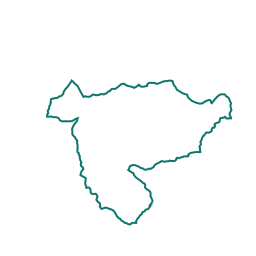 the district of Goenkhatoe, Gasa, Bhutan, rotated 214°
{"feature_id": "84629894B85362517757759", "entity_name": "Goenkhatoe", "entity_type": "district", "adm_level": 2, "iso_a3": "BTN", "parent_name": "Bhutan", "parent_adm1": "Gasa", "projection": "mercator", "projection_center": [89.606, 27.867], "detail": "fine", "context": "isolated", "style": "outline", "palette": "teal", "viewbox_px": 256, "rotation_deg": 214, "n_neighbors": 0, "source": "geoboundaries", "source_scale": "gbopen_adm2", "svg_char_len": 5674}
<svg xmlns="http://www.w3.org/2000/svg" viewBox="0 0 256 256"><g transform="rotate(214 128 128)"><path d="M201.2,135.8L201.1,135.2L201.1,131.4L201.1,129.6L201.2,127.9L201.6,125.5L201.7,123.7L201.5,122.1L201.4,121.4L200.8,120.3L200.7,119.8L201.1,118.5L201.1,117.9L201.5,117.0L201.6,116.7L202.8,115.6L203.0,114.9L203.2,114.1L203.6,113.3L204.6,112.4L205.3,112.0L206.2,110.6L207.1,110.1L208.0,108.7L206.8,106.6L206.2,106.1L206.1,105.0L205.5,103.8L205.4,102.0L205.0,101.3L204.7,100.9L204.3,100.2L204.2,99.7L204.2,97.9L204.0,97.2L202.3,95.6L202.3,95.3L202.6,94.7L202.5,94.0L202.4,93.7L201.3,92.1L198.5,94.3L197.4,94.8L195.5,95.4L195.1,95.7L194.2,96.5L192.6,97.1L191.4,97.3L190.4,97.1L189.2,96.4L188.3,96.4L186.5,96.6L185.8,97.0L185.2,97.5L183.7,98.4L183.2,99.0L181.1,100.2L178.5,102.2L177.4,103.9L176.9,105.5L175.2,107.9L175.1,107.4L174.3,105.8L174.3,105.3L174.2,104.5L174.4,103.5L174.3,103.0L174.5,100.9L174.5,100.0L174.3,99.3L174.4,98.9L174.1,96.9L173.9,96.1L173.7,95.7L173.1,95.2L172.8,94.6L172.0,93.8L170.9,91.9L170.2,91.5L168.1,90.8L166.6,90.7L165.3,89.8L164.7,89.5L163.5,89.4L163.2,89.2L162.7,88.7L162.1,87.4L161.2,86.5L160.5,86.0L159.8,84.8L159.4,84.5L159.0,83.8L158.6,83.4L158.3,83.0L157.9,81.7L156.6,79.9L154.9,79.7L154.6,79.4L154.2,78.7L153.4,78.2L152.6,77.9L152.0,77.5L151.7,76.6L150.0,75.0L149.0,74.3L148.5,74.1L148.2,73.8L147.8,73.3L147.3,73.2L147.4,72.7L147.1,72.0L146.5,71.0L145.5,70.3L143.7,70.1L143.3,70.0L142.0,68.9L142.3,66.0L141.8,64.2L141.0,62.3L137.8,62.7L135.0,62.8L132.8,58.7L132.1,57.7L131.1,56.8L130.4,56.5L129.7,56.0L129.2,55.1L127.2,56.8L125.5,56.5L124.4,55.8L123.5,54.4L122.5,53.4L120.5,53.3L118.2,55.3L117.1,55.3L116.5,54.9L114.9,54.1L114.3,51.3L114.0,50.8L113.5,50.5L112.9,50.5L111.7,49.8L110.9,50.1L109.4,49.6L108.9,49.6L108.3,48.8L107.8,48.4L107.4,47.0L106.1,46.6L105.5,46.2L104.8,46.1L104.3,46.5L103.8,47.3L103.2,48.0L102.4,49.2L101.3,49.9L99.2,50.3L96.8,51.1L96.5,51.0L94.4,51.5L93.9,51.2L92.4,51.0L91.6,50.6L90.7,50.1L90.3,50.0L88.1,48.7L86.7,48.5L86.3,48.3L85.6,48.2L84.7,48.1L83.9,48.4L83.4,48.2L83.0,47.9L81.0,47.6L79.6,47.8L77.3,47.6L77.0,47.7L76.3,48.2L76.0,48.3L73.9,48.4L72.2,49.4L71.9,50.1L71.9,50.9L71.3,51.8L70.9,52.2L69.9,52.8L68.8,53.4L68.1,53.9L68.3,54.3L68.8,54.7L69.3,55.6L69.2,56.7L69.5,58.4L69.0,59.9L69.2,62.3L68.9,63.2L68.5,63.8L68.4,64.2L68.5,65.1L68.9,65.9L68.9,66.4L67.8,67.9L67.7,68.3L67.8,69.4L67.5,70.1L66.9,71.2L66.1,72.0L65.9,72.4L66.0,74.5L65.8,75.3L65.7,75.6L66.0,75.8L66.3,75.8L66.8,76.1L66.7,76.9L66.0,77.8L66.6,78.9L66.6,80.4L66.6,80.6L66.9,81.0L67.1,81.5L67.5,81.9L68.6,82.5L70.1,83.5L70.9,83.8L71.6,84.5L72.1,85.7L73.5,87.3L74.2,87.4L75.0,87.8L76.7,87.8L78.4,87.7L80.5,88.2L81.2,89.0L81.8,90.4L83.4,91.2L84.0,90.9L85.0,90.8L86.4,91.2L87.8,91.3L93.5,91.4L96.5,92.2L96.9,92.7L97.3,92.9L97.9,93.4L98.2,93.5L99.8,93.3L100.7,93.4L103.3,93.2L104.3,93.3L104.3,94.2L104.6,95.1L104.6,96.0L104.9,96.7L104.9,97.7L104.3,98.7L103.7,99.3L103.6,99.7L103.4,100.0L101.3,101.1L100.4,101.4L96.9,102.0L94.7,102.0L94.4,102.1L93.6,102.6L92.8,102.8L91.7,102.7L90.6,102.9L89.8,103.5L88.9,104.3L88.1,105.8L87.6,106.2L86.7,106.4L86.3,106.8L85.9,108.0L85.4,108.7L84.9,110.2L85.2,111.7L84.8,113.3L84.1,114.5L83.5,115.9L83.1,116.2L82.9,116.5L82.6,117.4L82.1,117.9L81.9,118.9L81.4,119.6L80.7,119.8L79.0,120.3L78.5,120.7L77.8,121.6L77.0,122.3L76.1,122.8L75.4,123.7L75.3,124.2L74.9,124.5L74.0,124.6L72.7,125.6L71.9,126.0L71.2,126.3L70.9,126.6L70.8,127.2L70.3,128.7L70.3,128.9L70.9,129.8L70.9,130.4L70.3,131.0L69.0,131.4L68.5,131.7L67.7,133.5L66.6,134.2L66.3,134.6L65.9,135.6L65.1,136.3L62.8,137.7L62.4,138.1L62.3,138.6L62.4,139.0L63.1,139.5L62.9,140.8L62.3,141.9L60.9,143.7L60.4,143.9L59.7,144.7L57.5,146.7L56.1,147.3L55.0,148.2L54.6,148.7L55.7,149.6L56.2,150.4L57.3,151.8L57.7,151.9L58.3,152.3L58.4,152.7L58.4,153.9L58.3,154.7L58.3,155.0L59.0,155.9L59.8,156.5L60.2,157.1L60.2,158.5L60.5,159.1L61.0,161.2L61.2,163.2L61.2,163.7L60.7,164.3L60.7,167.0L60.6,167.6L60.3,168.2L60.0,168.5L58.6,169.1L58.1,169.8L57.0,171.9L57.1,172.8L57.8,173.6L58.0,174.1L58.0,175.6L56.7,176.5L56.7,177.0L57.0,178.4L57.7,178.8L58.3,179.4L58.3,180.1L57.9,180.9L57.3,181.8L56.4,183.0L55.7,183.7L55.7,184.5L56.4,186.1L57.0,187.6L56.7,188.1L55.0,189.6L54.6,189.9L53.8,191.5L52.0,191.0L51.1,191.3L50.4,191.7L49.8,192.6L48.9,192.9L48.0,193.6L48.2,193.9L48.9,194.5L50.5,195.3L51.4,195.9L51.7,196.7L52.2,198.2L52.1,200.5L55.1,203.2L55.9,204.4L56.3,206.0L57.9,206.9L58.4,207.4L59.5,207.9L60.0,208.4L60.8,208.9L61.8,209.3L62.9,209.3L63.4,209.2L65.1,209.4L65.9,209.9L66.7,209.9L67.6,209.4L69.3,208.2L70.6,206.9L71.5,203.9L71.9,201.3L72.2,200.1L72.2,199.3L72.0,197.8L72.5,196.6L72.3,195.5L73.2,195.5L73.6,195.9L74.7,196.8L75.6,197.0L76.5,196.5L78.1,194.6L78.6,193.3L79.3,192.6L79.9,190.2L82.3,188.2L86.2,186.9L90.4,186.2L95.4,186.9L97.5,188.7L100.9,187.6L103.3,187.3L104.8,187.3L106.8,187.1L107.9,187.2L108.7,187.0L111.9,188.7L114.3,189.3L117.4,191.8L119.6,190.9L122.2,188.6L124.6,186.5L126.0,184.5L127.6,182.0L129.3,180.4L130.2,180.4L131.2,180.2L132.3,179.6L133.1,178.8L134.3,178.3L136.0,176.9L136.4,174.9L135.7,173.4L139.1,170.2L140.7,169.5L141.4,169.5L142.5,170.0L143.4,169.8L143.5,168.8L144.0,167.3L145.1,165.1L145.5,164.6L146.8,164.7L148.2,164.1L149.1,163.8L152.2,162.6L153.5,162.5L156.3,162.4L158.1,160.5L159.7,155.0L160.7,153.1L161.6,152.5L162.9,151.7L163.2,151.4L163.8,148.2L164.3,147.9L164.6,147.5L164.9,146.2L165.2,144.7L165.7,144.1L166.4,143.2L166.8,142.3L167.4,142.2L168.6,141.3L169.9,140.6L170.4,139.4L171.7,138.1L173.2,137.1L175.5,136.4L176.2,135.4L176.4,134.3L177.3,132.4L179.6,130.9L180.9,130.5L181.8,129.8L182.3,128.9L187.1,131.3L193.5,134.7L195.8,134.9L197.1,135.1L199.4,135.7L200.6,135.7L201.2,135.8Z" fill="none" stroke="#0f766e" stroke-width="2"/></g></svg>